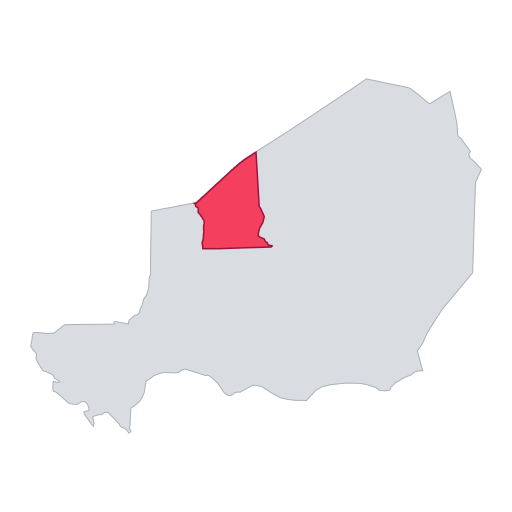 location of Arlit, Agadez, Niger
{"feature_id": "23599985B35740417673211", "entity_name": "Arlit", "entity_type": "district", "adm_level": 2, "iso_a3": "NER", "parent_name": "Niger", "parent_adm1": "Agadez", "projection": "albers", "projection_center": [7.12, 19.518], "detail": "fine", "context": "in_parent", "style": "filled", "palette": "rose", "viewbox_px": 512, "rotation_deg": 0, "n_neighbors": 0, "source": "geoboundaries", "source_scale": "gbopen_adm2", "svg_char_len": 4421}
<svg xmlns="http://www.w3.org/2000/svg" viewBox="0 0 512 512"><path d="M422.7,370.8L417.4,371.1L414.5,372.1L410.8,375.2L406.6,376.5L401.5,379.2L398.3,381.3L395.2,383.0L391.1,387.1L389.8,390.1L385.6,390.9L379.7,390.5L375.9,387.6L367.1,384.7L361.4,383.6L358.8,383.3L345.5,383.1L331.4,384.6L324.2,386.2L322.9,386.5L318.9,388.5L315.5,390.7L306.4,400.5L294.3,400.3L287.1,399.3L281.0,397.9L272.3,393.4L261.7,386.6L257.6,385.7L253.9,385.2L252.7,385.3L240.1,392.2L237.6,392.0L234.6,392.8L232.7,394.5L231.2,395.4L229.7,395.5L227.7,395.1L225.8,394.1L223.8,392.2L218.6,384.5L217.6,383.2L215.3,380.9L211.6,377.4L209.1,375.7L207.6,375.3L205.7,375.5L195.6,372.4L185.5,369.1L183.3,369.5L181.7,370.2L178.2,372.5L174.1,372.9L168.8,372.6L166.0,372.3L161.3,373.0L158.2,373.9L154.2,375.5L148.8,379.7L147.3,380.3L146.1,381.0L144.1,392.9L142.6,396.5L139.8,401.2L134.5,405.7L130.8,408.3L130.7,412.0L130.3,418.1L130.1,422.2L130.3,425.0L129.7,426.2L129.4,427.4L129.6,429.2L130.4,430.0L130.9,431.1L130.5,432.0L128.8,433.1L127.0,430.3L124.6,428.4L122.0,427.4L120.2,426.0L119.3,424.1L115.9,420.3L108.1,412.6L107.3,412.4L106.0,412.1L103.7,412.9L102.3,414.1L101.3,414.6L99.8,414.6L96.0,415.4L92.9,416.6L92.8,417.6L94.1,423.2L93.3,426.2L92.0,424.8L87.8,419.0L84.8,414.7L84.3,413.7L83.9,412.3L84.3,411.7L85.5,411.3L88.3,410.8L88.8,410.4L89.0,409.2L88.6,407.0L87.2,404.1L85.6,402.1L84.7,401.7L83.0,401.6L81.2,401.8L77.8,404.1L76.3,404.4L72.8,404.1L69.7,403.6L67.8,402.3L62.3,397.4L56.3,392.2L53.7,391.4L53.1,390.9L52.8,387.1L53.1,382.5L53.5,381.3L56.1,382.1L58.8,382.5L59.7,381.7L57.6,380.0L54.5,378.3L53.4,375.7L52.5,374.8L51.1,373.9L49.5,373.4L47.9,372.6L46.8,371.8L45.0,371.4L43.0,370.8L40.4,366.7L37.8,362.6L36.3,359.4L35.9,357.5L36.8,354.4L36.0,353.1L33.1,349.8L30.7,346.6L31.5,342.0L32.2,338.2L32.3,335.7L32.8,334.4L33.2,332.8L34.9,332.4L39.1,332.6L47.4,333.6L54.0,333.0L54.4,332.9L59.2,328.9L64.5,324.7L72.3,324.6L80.8,324.4L87.4,324.4L97.0,324.3L104.8,324.2L113.8,324.1L114.2,322.1L114.7,321.6L115.6,321.6L122.2,322.8L128.4,324.0L129.0,320.2L134.5,315.6L137.6,314.7L138.4,313.9L139.4,312.3L140.1,309.8L140.4,308.1L141.6,306.6L142.4,304.0L143.6,299.3L146.8,294.4L148.7,287.7L149.0,281.3L149.5,276.3L150.4,275.4L150.5,266.6L150.6,257.8L150.7,250.4L150.8,241.1L151.0,233.0L151.1,224.2L151.2,216.3L151.3,211.1L157.5,209.9L163.8,208.7L173.2,207.0L183.3,205.0L194.4,202.9L196.9,201.6L205.2,194.0L209.0,190.6L216.4,183.9L222.1,178.7L229.4,172.0L237.1,165.3L243.2,159.9L252.8,153.8L267.2,144.6L281.6,135.4L295.9,126.1L310.1,116.7L324.3,107.3L338.4,97.9L352.5,88.4L366.5,78.9L380.9,82.0L394.7,84.8L408.5,87.7L411.8,89.4L419.4,95.6L429.0,103.5L429.4,103.6L429.9,103.6L438.6,98.3L450.0,91.4L453.9,108.6L456.9,123.3L457.5,132.7L457.7,135.2L458.7,136.8L461.0,138.4L470.4,151.6L468.6,154.1L470.2,158.3L472.5,160.0L480.2,167.8L481.3,169.3L480.9,170.6L476.3,180.5L475.5,182.9L475.1,195.2L474.8,203.8L474.4,215.7L473.9,230.0L473.6,242.0L473.1,257.8L472.6,272.8L465.5,281.4L452.8,296.6L442.4,308.9L437.2,317.1L427.1,333.0L422.7,343.2L419.1,348.5L417.3,350.8L419.3,358.1L422.7,370.8Z" fill="#d9dde1" stroke="#a8b0b8" stroke-width="1"/><path d="M259.5,247.4L271.1,247.0L272.2,245.9L271.7,245.6L269.0,245.3L267.8,244.3L267.5,243.0L267.0,242.4L266.0,242.0L265.3,241.3L264.5,239.8L264.4,239.2L263.9,238.7L262.1,238.1L259.8,237.0L258.3,235.8L258.3,234.7L258.5,233.2L258.9,230.6L259.4,229.3L259.7,227.8L260.4,226.9L261.3,225.2L262.3,223.5L262.8,222.6L263.5,219.8L264.0,217.9L264.2,216.4L262.9,213.4L262.0,211.7L260.9,208.9L259.2,206.4L256.0,152.2L252.9,154.1L251.3,155.4L250.6,155.7L248.7,157.0L248.3,157.0L247.4,157.7L245.9,158.9L245.3,159.0L243.2,160.8L242.7,161.0L240.6,162.7L240.1,162.9L238.0,164.8L237.5,165.1L236.8,165.6L236.6,166.1L235.2,167.3L234.5,167.5L232.8,169.5L231.8,170.0L230.6,171.2L229.8,172.1L227.8,173.8L227.6,174.2L226.7,175.0L225.8,175.7L224.0,177.5L223.7,177.6L221.1,180.1L219.7,181.6L218.2,182.7L215.8,184.9L210.9,189.5L208.8,191.5L206.7,193.6L204.8,195.3L203.6,196.4L202.2,197.5L201.5,197.9L201.1,198.6L199.2,200.5L198.6,200.9L196.4,203.1L194.4,203.4L195.5,204.2L195.5,205.5L195.8,206.6L197.4,207.2L198.2,208.2L198.2,212.5L199.5,213.7L200.6,215.5L201.9,217.2L204.0,220.5L204.3,223.8L203.6,225.5L203.6,229.7L203.9,230.4L203.8,231.7L203.4,235.9L203.2,239.0L202.7,241.0L202.2,242.4L202.2,243.3L202.4,244.6L202.7,246.3L202.8,248.7L219.1,248.7L229.6,248.3L244.3,247.8L251.2,247.6L259.5,247.4Z" fill="#f43f5e" stroke="#9f1239" stroke-width="1.5"/></svg>